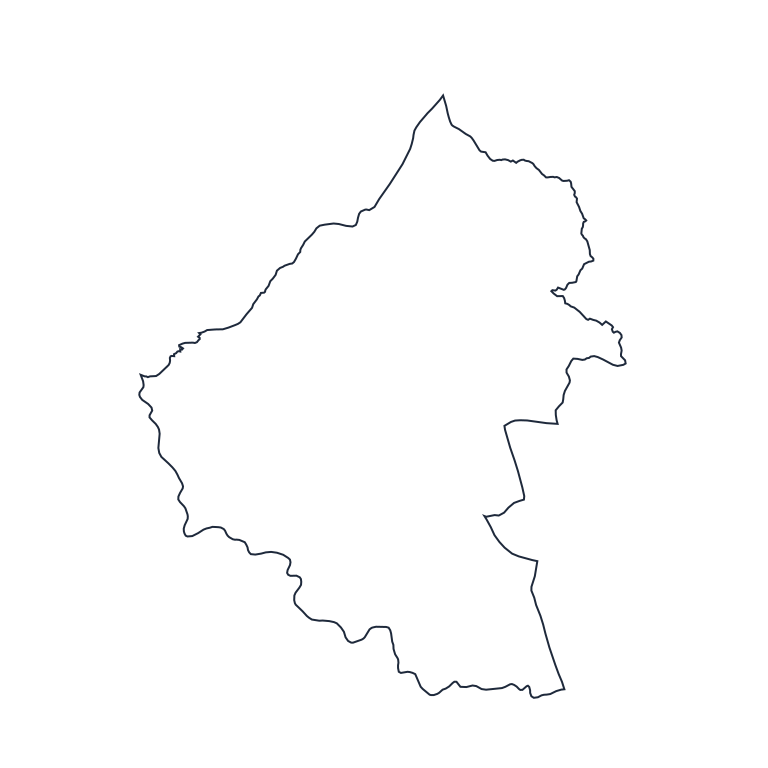 Pea Reang, Prey Vêng, Cambodia (orthographic projection), rotated 282°
{"feature_id": "14789045B14089291645285", "entity_name": "Pea Reang", "entity_type": "district", "adm_level": 2, "iso_a3": "KHM", "parent_name": "Cambodia", "parent_adm1": "Prey Vêng", "projection": "orthographic", "projection_center": [105.246, 11.679], "detail": "fine", "context": "isolated", "style": "outline", "palette": "slate", "viewbox_px": 768, "rotation_deg": 282, "n_neighbors": 0, "source": "geoboundaries", "source_scale": "gbopen_adm2", "svg_char_len": 6157}
<svg xmlns="http://www.w3.org/2000/svg" viewBox="0 0 768 768"><g transform="rotate(282 384 384)"><path d="M201.1,272.0L201.4,274.9L200.3,280.7L198.3,282.6L195.8,284.5L193.3,285.5L191.3,287.1L189.9,289.1L190.4,293.6L192.6,299.2L194.7,303.3L196.3,308.5L196.7,314.4L196.0,320.9L193.9,326.5L192.7,328.5L190.2,329.6L187.3,329.7L181.9,328.4L179.1,328.5L177.5,329.9L176.9,332.3L178.3,338.2L177.4,341.8L175.9,343.3L173.3,344.2L170.3,344.6L167.3,343.6L161.5,340.9L158.5,340.3L153.9,341.1L151.1,342.4L149.8,343.5L144.7,351.7L141.1,356.7L139.8,359.2L138.6,362.4L139.0,369.9L139.9,373.3L140.7,379.8L140.7,384.6L140.1,387.6L136.9,392.5L133.3,396.3L128.2,399.1L125.2,402.3L124.2,405.6L124.5,407.4L129.3,415.3L130.7,416.8L132.2,417.8L141.0,420.9L142.9,422.6L143.7,424.0L144.9,426.7L145.5,429.8L146.8,436.7L146.6,439.2L144.4,441.3L141.5,442.8L133.7,445.6L130.8,447.4L126.9,448.4L124.8,449.5L121.9,451.1L118.4,454.5L117.2,455.2L114.3,456.1L111.9,456.2L109.1,456.8L105.6,458.3L104.9,460.6L107.4,466.9L107.6,469.2L107.4,471.9L106.7,474.9L95.5,482.8L93.8,485.2L89.6,493.2L89.5,494.5L90.1,497.4L92.0,500.6L93.4,502.1L97.2,504.9L98.9,507.7L101.7,510.6L105.8,513.3L107.4,514.7L107.8,516.8L103.7,521.7L104.7,527.6L107.5,533.3L107.7,537.1L105.9,542.9L106.2,547.4L111.1,562.6L113.0,565.6L116.5,569.8L117.1,571.5L116.7,573.9L115.6,576.7L113.7,579.5L113.1,580.9L113.6,583.0L118.0,586.3L118.8,587.5L117.9,589.0L114.8,590.6L112.2,591.2L109.2,593.1L108.2,595.8L109.6,599.7L112.2,602.8L113.3,605.1L114.0,607.7L115.3,611.1L119.4,616.3L121.9,620.9L122.9,623.9L129.7,620.0L136.7,615.1L144.8,610.0L160.6,600.6L173.4,593.8L181.8,589.7L189.8,585.2L199.5,578.7L206.2,575.4L212.6,571.1L216.3,570.4L227.3,571.5L242.6,570.8L242.6,565.6L243.4,551.7L244.7,544.6L249.0,536.0L253.5,529.7L259.1,523.5L266.2,518.2L272.8,512.5L275.7,509.7L275.4,511.6L278.8,519.5L279.2,523.6L283.1,528.2L288.9,531.4L294.7,535.9L297.9,541.0L300.0,544.9L303.5,544.5L311.6,540.8L326.5,533.2L336.3,527.7L347.9,520.7L364.4,511.9L368.1,510.5L373.3,516.1L375.5,519.8L376.9,524.9L378.1,531.6L379.5,551.1L381.1,562.1L384.4,560.4L389.4,558.5L394.0,557.4L398.6,559.8L403.0,562.6L406.3,562.5L410.6,562.0L414.8,562.4L423.9,565.2L426.2,565.1L429.7,563.3L433.1,560.2L436.2,559.5L440.0,561.0L445.4,562.4L448.2,563.9L448.8,568.1L448.8,573.0L449.7,575.4L451.3,576.9L452.1,579.1L453.8,580.5L455.0,583.8L454.8,587.4L453.5,593.2L450.4,603.9L450.2,608.7L452.5,614.1L454.3,616.1L457.3,614.9L460.5,610.1L462.4,609.6L466.1,609.5L468.8,608.4L473.3,605.2L475.8,605.5L478.9,606.8L481.2,606.1L483.0,604.1L484.0,601.3L483.1,599.5L482.0,598.2L482.7,596.9L485.0,595.5L487.2,596.2L488.6,594.6L491.3,588.0L487.2,585.1L488.9,582.1L490.1,578.4L490.2,575.4L490.7,571.8L489.2,570.3L489.6,568.4L495.2,560.5L498.3,554.2L498.8,550.4L499.7,549.0L500.5,546.7L500.6,544.5L503.1,543.6L505.5,542.3L507.2,540.6L505.9,535.1L507.8,531.1L509.6,528.4L510.8,529.2L511.0,532.2L512.1,533.3L514.5,534.2L513.5,540.3L514.2,541.3L515.8,542.1L519.3,542.8L521.4,544.2L522.1,546.9L523.6,550.4L524.6,550.8L529.5,550.6L531.6,551.6L536.1,552.5L538.1,553.9L542.8,554.8L546.2,559.0L546.9,561.1L548.2,563.1L550.0,562.8L551.1,561.5L552.1,559.5L553.9,558.4L557.8,557.4L565.8,553.2L567.6,551.4L568.2,549.8L569.3,548.4L570.4,547.7L571.3,546.4L572.3,545.7L577.1,545.2L578.6,545.8L580.1,545.8L582.6,545.4L584.1,545.7L585.0,547.1L586.0,547.8L586.9,546.6L587.6,544.9L591.7,542.4L594.1,540.1L597.7,538.0L601.9,534.6L605.5,534.2L606.6,533.0L607.1,531.8L608.6,530.7L610.3,530.9L612.3,530.5L615.8,526.4L619.2,525.3L620.7,524.5L621.8,522.6L620.9,520.9L619.9,517.3L620.0,515.9L621.9,512.5L622.4,510.0L621.6,507.8L621.8,506.4L621.1,503.7L620.1,501.1L619.8,499.5L621.3,497.2L622.3,494.9L625.6,491.0L626.8,488.3L628.4,486.1L630.2,484.4L630.9,483.2L632.0,479.2L631.8,477.0L631.9,475.3L632.4,474.1L632.0,472.3L631.1,470.7L629.2,468.4L627.8,467.3L629.4,463.6L627.9,461.8L628.8,458.8L628.9,455.7L628.2,453.3L627.4,452.2L627.4,450.6L626.6,448.1L625.2,445.7L625.0,443.9L626.2,441.0L628.9,437.8L631.8,435.2L631.5,430.6L632.5,428.8L640.8,421.0L643.0,418.6L644.1,416.9L645.6,411.9L648.9,404.3L650.3,399.0L651.0,397.2L651.7,396.2L654.5,394.1L658.2,392.0L661.9,390.1L668.9,387.0L678.5,381.8L673.6,379.6L663.4,373.8L658.0,370.3L647.7,364.7L641.8,362.2L638.2,361.1L633.7,361.1L630.5,361.4L624.4,361.2L619.4,360.7L602.9,356.4L580.9,348.1L563.8,340.8L555.2,337.9L551.0,333.4L551.0,330.6L550.7,329.4L547.9,325.5L545.3,324.3L541.2,324.0L537.2,324.1L533.7,323.4L531.5,320.5L530.8,314.1L531.1,306.5L530.5,301.3L527.5,292.8L525.5,288.2L522.2,285.5L518.4,284.2L515.1,282.4L506.9,276.9L503.3,276.0L499.6,274.6L497.9,274.3L495.7,274.6L493.0,272.9L488.3,271.8L484.6,270.6L482.8,269.2L481.9,266.8L479.0,262.1L477.7,260.9L475.9,258.2L472.6,255.7L468.2,255.3L463.9,253.3L460.9,251.4L456.0,250.7L452.1,248.7L450.8,248.4L449.5,248.5L448.4,247.7L447.5,244.7L444.8,244.1L443.5,243.0L440.4,242.1L434.9,239.5L431.1,239.1L423.6,235.0L414.5,230.7L412.4,228.6L410.6,226.0L406.8,220.1L404.0,215.0L402.3,207.7L400.0,199.8L398.0,197.6L396.3,194.9L395.4,192.6L394.4,194.1L391.6,192.3L390.8,194.1L389.6,194.4L388.4,193.5L386.0,192.3L384.8,190.5L384.7,188.4L382.9,181.0L381.6,178.5L379.4,175.5L378.0,176.0L377.8,178.0L377.0,180.0L375.6,179.2L375.6,177.4L373.4,178.0L373.4,176.4L372.8,175.2L371.0,174.3L369.5,172.4L367.6,173.0L367.3,170.4L366.7,169.5L365.0,169.1L362.4,169.9L360.1,170.0L357.8,169.4L347.1,162.1L344.4,159.4L342.8,153.5L341.6,151.6L342.0,149.8L341.7,148.4L342.4,144.1L336.6,147.8L333.0,149.1L330.9,149.3L324.9,146.7L322.5,146.9L320.6,148.0L318.2,150.8L315.4,157.5L312.6,161.5L309.8,162.8L304.7,161.2L302.6,161.6L300.3,164.6L297.5,169.0L295.0,171.7L292.7,173.4L288.7,174.9L274.5,176.6L269.8,178.5L266.4,181.4L261.7,189.4L258.5,194.3L255.6,198.0L252.5,200.7L249.4,203.0L244.9,207.1L242.1,208.7L240.0,208.8L235.2,207.2L231.2,206.3L228.3,206.8L226.1,209.0L222.9,213.7L221.1,215.6L215.6,218.9L213.8,219.6L211.2,220.0L204.4,218.4L200.8,218.2L198.2,218.9L196.2,220.0L194.4,221.6L194.0,223.5L195.4,228.1L199.5,233.2L204.0,237.7L205.8,240.4L207.2,243.5L208.6,245.9L209.5,251.6L209.7,254.2L208.8,257.4L207.5,259.0L204.9,260.9L203.2,262.5L202.0,264.4L200.7,268.4L200.7,270.7L201.1,272.0Z" fill="none" stroke="#1e293b" stroke-width="2"/></g></svg>